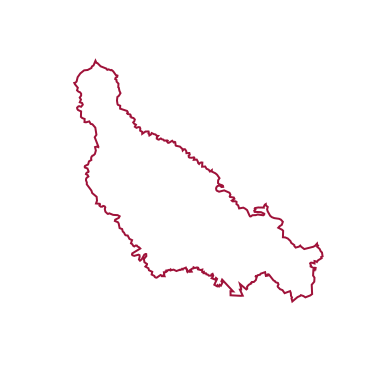 the district of Tlachichilco, Hidalgo, Mexico, rotated 109°
{"feature_id": "50627088B33396950786450", "entity_name": "Tlachichilco", "entity_type": "district", "adm_level": 2, "iso_a3": "MEX", "parent_name": "Mexico", "parent_adm1": "Hidalgo", "projection": "robinson", "projection_center": [-98.199, 20.617], "detail": "fine", "context": "isolated", "style": "outline", "palette": "rose", "viewbox_px": 384, "rotation_deg": 109, "n_neighbors": 0, "source": "geoboundaries", "source_scale": "gbopen_adm2", "svg_char_len": 6082}
<svg xmlns="http://www.w3.org/2000/svg" viewBox="0 0 384 384"><g transform="rotate(109 192 192)"><path d="M281.4,193.1L280.6,190.6L279.7,191.5L279.5,191.2L277.1,192.4L276.8,191.3L276.0,190.5L275.6,190.9L275.0,190.0L274.5,190.5L273.8,189.2L272.9,188.3L272.7,188.6L273.2,187.2L272.2,186.9L272.7,186.2L271.4,184.1L271.8,181.0L269.4,178.1L269.6,177.8L268.8,176.8L267.9,176.4L268.2,175.5L267.5,175.4L265.5,173.2L266.8,172.2L266.7,171.6L267.1,171.3L268.3,171.1L269.2,170.2L267.5,169.1L268.2,168.3L267.4,166.4L265.9,168.0L264.2,166.7L263.8,165.9L262.7,166.0L262.9,164.5L261.7,162.7L261.6,161.5L262.1,161.1L262.4,161.9L263.2,161.2L262.9,158.2L262.0,157.0L264.3,156.4L264.4,155.8L263.7,154.8L265.0,154.5L264.3,152.4L265.2,151.6L264.9,150.3L265.6,149.0L264.8,146.3L263.6,146.7L262.7,145.9L264.1,144.7L265.9,144.8L267.1,145.3L267.3,141.8L265.4,141.4L266.0,140.0L272.4,140.7L273.0,137.6L271.8,137.5L272.5,135.8L270.8,135.6L271.2,134.2L267.6,133.7L266.9,135.1L265.0,135.0L272.6,120.8L273.3,123.3L277.1,121.9L274.3,112.1L273.5,110.3L268.7,114.9L268.2,113.8L267.1,114.2L263.3,116.8L266.4,108.9L265.5,108.3L263.6,109.1L261.2,108.1L259.3,106.3L259.0,106.7L257.6,106.1L257.0,104.3L254.6,103.0L251.6,103.1L251.2,104.3L250.7,104.3L250.5,103.0L249.4,102.9L248.0,100.7L246.9,100.5L244.0,96.8L247.3,94.8L246.5,93.3L245.6,93.7L245.0,93.3L245.0,92.4L249.1,86.1L249.2,84.7L249.8,84.1L250.1,83.0L250.0,81.2L251.3,80.1L253.1,80.4L253.8,79.9L255.2,77.1L255.3,74.5L257.5,71.5L253.8,67.0L255.3,65.7L257.9,64.6L259.2,63.1L260.1,63.3L262.8,61.5L257.0,58.0L255.0,55.9L254.1,55.5L254.1,52.8L254.7,50.5L251.3,46.5L249.4,45.2L240.7,48.6L237.0,47.2L233.1,48.3L231.6,50.3L226.4,51.8L226.2,50.8L225.4,51.1L225.1,50.1L223.5,50.4L223.7,51.4L224.3,52.1L223.8,55.6L222.8,55.9L222.9,55.5L221.0,57.1L220.1,56.5L219.8,55.7L219.7,52.9L217.4,53.7L217.2,52.0L217.5,51.1L215.6,50.6L212.4,47.9L211.5,48.7L210.3,47.6L206.9,49.4L206.2,50.9L204.2,52.9L203.0,55.9L201.6,55.4L201.1,56.5L200.1,57.0L202.9,58.2L204.3,59.5L209.4,67.3L208.1,71.2L207.4,72.2L208.9,73.1L210.8,75.9L209.8,77.6L208.9,78.0L207.8,81.6L206.3,83.0L204.8,86.3L204.6,89.0L205.2,91.3L199.0,93.2L198.4,94.4L197.7,98.8L196.0,98.1L193.8,96.4L190.6,96.4L189.2,98.9L189.0,100.9L189.9,105.7L189.8,108.3L189.0,110.4L185.5,114.3L183.8,115.4L181.5,115.5L180.6,117.8L179.4,118.3L180.3,119.0L183.0,119.4L183.4,119.1L185.1,124.4L186.7,127.2L187.3,127.3L188.0,126.3L189.3,127.1L190.4,126.3L188.6,120.2L189.0,116.6L189.9,116.4L190.8,117.0L191.9,122.6L193.1,124.2L194.3,127.3L196.0,128.5L196.1,129.3L195.5,130.0L191.2,134.0L190.4,136.5L190.1,138.4L192.2,142.1L189.6,144.0L189.0,146.0L186.8,146.7L186.6,147.8L187.6,150.6L187.2,151.6L184.6,149.7L183.6,150.7L184.3,154.5L183.9,154.9L182.0,154.8L180.5,156.3L180.0,162.1L182.9,166.5L182.7,168.8L182.3,169.5L181.1,170.3L179.7,170.5L178.0,169.8L177.1,168.4L177.0,167.3L177.7,165.7L177.0,164.2L176.1,164.7L175.8,165.6L175.8,168.8L175.1,170.3L172.4,171.1L170.0,170.5L167.5,173.9L166.7,176.0L166.2,180.0L164.9,180.4L166.8,181.7L165.5,183.5L165.3,185.8L163.6,187.8L164.8,190.7L160.8,191.8L161.0,192.8L161.7,193.8L163.2,194.4L162.7,195.5L161.2,196.5L159.8,198.1L161.0,200.8L159.1,200.8L158.6,201.5L159.7,203.3L160.3,205.7L160.0,206.4L158.8,207.0L157.4,206.3L156.0,207.2L157.1,209.9L155.3,210.7L153.9,212.4L154.1,213.5L155.8,214.3L154.4,215.2L153.0,218.2L153.5,222.1L153.3,222.6L150.3,224.1L150.2,224.6L151.1,225.4L150.0,227.4L152.8,229.7L153.3,230.6L152.5,232.0L151.4,231.7L151.3,232.2L152.5,235.0L151.8,236.1L152.0,237.4L151.5,238.9L153.3,240.4L153.4,241.0L153.0,242.7L151.9,243.0L150.0,242.3L150.3,243.8L149.5,245.2L149.7,246.9L149.4,249.3L151.1,249.6L152.4,250.7L151.1,251.5L150.9,252.2L149.5,252.3L148.9,252.8L150.0,255.7L153.2,258.0L151.3,258.7L150.9,261.0L148.7,261.6L147.8,262.5L148.1,263.8L149.4,265.4L148.9,267.3L146.6,266.9L146.2,269.1L145.3,270.3L144.0,269.6L142.0,269.7L141.1,271.4L141.3,273.6L140.8,273.9L140.7,274.8L139.4,274.9L138.8,275.8L139.2,278.2L138.7,279.0L137.5,278.6L136.5,279.8L136.6,287.1L133.8,288.0L133.7,290.4L133.2,291.0L130.0,292.7L126.5,293.5L124.7,292.4L121.8,291.8L119.9,293.6L117.2,295.2L117.0,295.8L113.5,296.8L112.2,299.2L110.5,300.0L110.2,301.4L108.7,301.4L107.5,300.2L106.2,300.4L106.2,302.1L103.6,305.7L102.8,307.7L103.3,308.3L103.2,310.8L104.0,311.7L103.9,312.5L103.2,313.1L102.9,319.3L100.9,323.4L101.0,324.4L99.3,326.0L104.4,326.3L105.9,327.5L107.5,327.5L110.6,330.4L112.1,333.6L116.2,336.2L120.7,337.5L125.1,337.1L126.4,337.7L127.2,338.8L128.2,337.8L130.6,333.9L133.3,333.8L134.1,332.0L134.2,330.2L135.2,328.8L137.0,328.2L139.3,328.9L140.7,327.1L143.7,327.3L143.7,324.8L145.0,323.7L147.5,324.6L147.6,326.7L148.2,327.4L149.6,328.1L150.7,327.6L151.6,326.4L151.9,323.1L157.1,321.5L157.8,319.9L157.9,317.3L160.9,316.4L160.6,314.9L158.7,312.1L160.6,310.0L160.4,308.2L162.6,304.4L169.0,301.0L171.9,301.8L179.6,295.3L180.1,295.2L180.1,296.9L181.1,298.3L184.1,296.4L187.6,296.2L189.4,297.1L190.1,298.0L191.6,298.5L192.9,298.4L194.5,297.6L196.6,299.4L199.8,299.2L202.1,301.6L203.0,301.7L203.7,301.3L203.8,298.5L206.2,296.5L206.9,296.5L207.5,297.4L208.8,298.1L209.6,298.1L210.0,296.1L211.1,295.0L212.8,296.2L214.3,296.4L215.5,296.0L217.3,294.5L219.0,294.0L223.4,287.6L225.5,286.0L227.6,280.6L231.1,279.0L234.1,279.0L233.2,275.4L233.6,275.0L235.0,275.1L235.6,273.5L235.1,272.1L234.1,271.5L234.0,270.0L234.7,269.0L236.5,268.9L238.8,267.5L240.0,265.0L240.1,264.3L239.1,263.2L239.3,259.1L238.1,254.8L238.5,252.5L240.3,252.8L243.2,255.6L244.5,255.5L244.7,252.2L245.6,251.1L249.7,248.7L249.8,246.0L251.9,244.6L252.5,243.1L254.2,241.4L254.5,240.5L254.1,238.6L256.7,235.9L257.0,233.0L260.4,233.0L260.8,231.5L262.0,230.1L262.3,228.9L260.9,227.8L260.6,226.7L261.2,226.0L261.6,223.8L262.3,222.5L269.5,228.5L270.6,228.4L271.2,227.8L271.2,225.8L268.7,222.2L268.8,221.1L270.2,220.4L273.1,220.2L273.9,218.8L272.0,217.6L266.8,216.7L265.7,215.7L265.6,215.1L267.5,214.3L270.9,215.6L271.5,215.4L273.9,214.1L274.7,211.1L275.4,210.9L277.7,211.8L278.3,208.4L280.0,207.2L280.4,203.6L283.2,203.3L283.6,200.3L284.4,199.6L284.7,198.6L284.5,197.5L280.7,194.7L280.9,193.3L281.4,193.1Z" fill="none" stroke="#9f1239" stroke-width="2"/></g></svg>